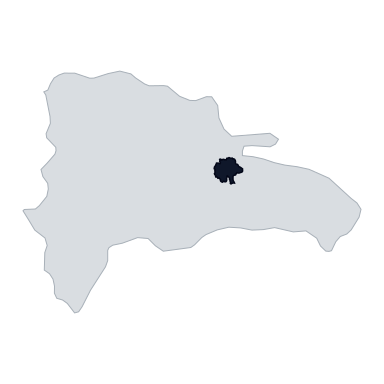 Sabana Grande de Boyá, Monte Plata, Dominican Republic shown in context
{"feature_id": "3306468B74800067614401", "entity_name": "Sabana Grande de Boyá", "entity_type": "district", "adm_level": 2, "iso_a3": "DOM", "parent_name": "Dominican Republic", "parent_adm1": "Monte Plata", "projection": "robinson", "projection_center": [-69.796, 18.975], "detail": "fine", "context": "in_parent", "style": "filled", "palette": "ink", "viewbox_px": 384, "rotation_deg": 0, "n_neighbors": 0, "source": "geoboundaries", "source_scale": "gbopen_adm2", "svg_char_len": 5672}
<svg xmlns="http://www.w3.org/2000/svg" viewBox="0 0 384 384"><path d="M44.3,270.1L44.8,252.6L47.2,245.5L45.0,238.0L34.8,230.1L28.6,219.8L23.0,210.8L24.3,209.5L35.4,209.0L39.3,205.7L46.8,196.4L48.3,189.0L47.7,183.3L42.9,176.6L41.0,169.5L47.0,163.3L54.9,154.2L56.0,150.7L55.8,147.3L46.7,137.8L46.1,133.7L50.4,123.3L50.0,116.4L45.8,95.0L43.8,91.9L47.8,90.1L50.5,83.7L54.1,78.0L58.9,75.0L64.2,73.1L74.9,73.2L89.7,78.2L93.9,78.1L108.1,73.6L119.8,71.1L130.9,73.9L135.4,77.8L144.5,83.9L149.1,85.8L163.5,85.6L167.5,86.2L179.6,96.3L189.8,100.4L195.8,100.6L206.4,96.7L211.7,96.8L217.7,105.5L218.9,117.9L224.0,129.1L231.7,136.3L269.9,133.3L278.5,139.2L275.5,144.1L270.1,146.8L252.0,145.6L244.0,146.2L242.4,151.1L242.4,155.6L253.0,156.7L263.5,159.0L274.1,162.6L284.9,165.1L297.0,166.7L309.0,169.3L329.0,178.2L351.1,198.4L357.0,203.0L361.0,209.3L359.1,217.1L351.2,229.9L346.8,234.0L340.3,236.5L335.8,241.7L331.5,250.7L328.9,251.4L325.8,251.1L320.5,246.0L316.7,238.2L306.0,230.9L293.3,231.9L274.6,227.6L263.3,229.6L252.0,230.1L240.5,227.9L228.8,227.2L217.2,229.9L206.0,234.6L201.8,237.5L194.6,244.8L190.8,247.5L163.3,251.2L155.4,245.8L148.1,238.5L137.6,237.6L122.3,243.2L112.7,245.2L108.9,247.7L107.7,250.4L107.7,260.6L105.5,266.8L90.5,290.2L82.1,306.7L78.6,311.8L74.6,312.9L67.3,303.4L62.6,300.0L56.8,298.3L54.4,293.2L54.5,286.1L53.0,279.1L49.5,273.7L44.3,270.1Z" fill="#d9dde1" stroke="#a8b0b8" stroke-width="1"/><path d="M216.5,163.1L216.4,163.5L216.3,163.9L216.2,164.0L215.9,164.5L215.8,164.9L215.7,165.4L215.7,165.5L215.2,165.9L215.1,166.1L214.9,166.6L214.6,166.8L214.4,167.1L214.4,167.4L214.3,168.0L214.2,168.5L214.2,168.8L214.4,169.0L214.5,169.1L214.8,169.2L215.0,169.3L215.2,169.5L215.2,169.8L215.2,170.1L215.1,170.3L214.8,170.7L214.8,170.9L214.8,171.0L215.1,171.4L215.1,171.5L215.1,171.8L215.0,172.2L215.0,172.3L214.9,172.8L214.9,173.0L214.5,173.5L214.4,173.7L214.7,174.4L214.8,174.6L214.9,174.8L215.1,174.9L215.2,175.1L215.5,175.2L215.6,175.3L215.7,175.5L215.9,175.9L216.0,176.0L215.9,176.2L215.9,176.3L215.7,176.4L215.6,176.5L215.7,176.9L215.8,177.0L216.0,177.1L216.5,176.8L216.6,176.7L216.7,176.8L217.1,177.0L217.3,177.2L217.4,177.5L217.6,177.8L217.7,178.0L217.8,178.2L217.9,178.3L218.0,178.3L218.2,178.2L218.4,178.0L218.5,177.9L218.8,177.8L219.0,177.9L219.0,178.0L219.2,178.3L219.6,178.7L219.8,178.9L220.1,179.1L220.4,179.3L220.5,179.5L220.5,180.0L220.4,180.1L220.4,180.3L220.4,180.5L220.5,180.8L220.6,181.0L221.0,181.5L221.5,181.8L221.8,182.0L222.2,182.1L222.5,182.2L222.8,182.1L223.0,181.7L223.2,181.4L223.3,181.3L223.4,181.2L223.6,181.2L223.8,181.2L224.0,181.2L224.1,181.3L224.4,181.6L224.5,181.7L224.9,181.8L225.1,181.8L225.6,181.8L225.9,181.7L226.0,181.6L226.3,181.3L226.4,181.2L226.5,180.9L226.6,180.6L226.7,180.3L226.7,179.9L226.7,179.6L226.7,179.4L226.5,179.1L226.5,178.8L226.5,178.6L226.5,178.4L226.7,178.2L226.8,177.9L226.9,177.6L227.0,177.4L227.0,177.1L227.0,176.4L227.0,176.1L227.2,175.9L227.3,175.8L227.5,175.9L227.7,176.1L227.9,176.3L228.6,176.8L229.0,177.5L229.3,177.7L229.3,177.8L229.4,178.1L229.5,178.2L229.5,178.5L229.5,179.1L229.5,179.4L229.5,179.5L229.8,179.8L229.9,180.0L230.0,180.2L230.0,180.3L230.0,180.9L230.0,181.1L230.2,181.5L230.3,181.8L230.5,182.1L230.5,182.4L230.5,182.6L230.3,183.0L230.3,183.4L230.4,183.5L230.6,183.7L230.8,183.8L231.0,183.9L231.4,183.7L231.6,183.6L231.9,183.4L232.4,183.2L232.7,183.1L232.8,183.1L233.0,183.0L233.4,183.0L234.0,183.0L234.5,183.1L234.4,182.7L234.2,182.5L234.1,182.1L233.9,181.8L233.8,181.6L233.7,181.4L233.5,181.1L233.4,181.0L233.3,180.8L233.2,180.4L233.1,180.1L233.1,179.9L233.0,179.7L233.0,176.6L233.0,176.4L233.1,176.2L233.3,175.8L233.5,175.6L233.7,175.4L233.9,175.3L234.1,175.2L234.6,175.2L235.0,175.0L235.5,175.0L235.6,174.9L235.7,174.7L235.5,174.3L235.5,174.2L235.5,173.9L236.2,173.7L236.3,173.7L236.6,173.5L236.7,173.4L236.8,173.3L236.8,173.2L236.7,172.9L236.7,172.7L236.8,172.6L237.0,172.5L237.3,172.6L237.7,172.8L237.8,172.8L238.4,172.9L238.5,173.0L238.8,173.1L239.0,173.1L239.6,172.8L239.9,172.7L240.1,172.6L240.5,172.6L241.0,172.4L241.5,172.2L242.0,172.0L242.1,171.9L242.3,171.7L242.6,171.1L242.6,170.9L242.6,170.5L242.6,170.4L242.6,170.2L242.4,170.0L242.4,169.8L242.4,169.6L242.6,169.2L242.6,168.9L242.1,168.5L241.8,168.3L241.3,167.9L241.2,167.9L240.9,167.7L240.6,167.4L240.4,167.3L239.8,167.0L239.7,166.9L239.2,166.9L238.9,166.6L238.7,166.3L238.3,165.7L238.2,165.4L238.0,165.1L237.9,164.8L237.8,164.7L237.7,164.6L237.1,164.2L236.9,164.2L236.5,164.2L236.3,164.1L236.2,164.1L235.9,163.9L235.8,163.7L235.6,163.4L235.5,163.1L235.5,162.7L235.5,161.3L235.5,161.1L235.4,160.8L235.3,160.6L235.2,160.3L235.0,160.0L234.9,159.7L234.6,159.3L234.4,159.2L233.9,158.9L233.7,158.8L233.3,159.0L233.2,159.0L232.9,158.9L232.7,158.8L232.6,158.6L232.5,158.4L232.3,158.1L232.1,158.1L231.8,158.2L230.6,158.2L230.2,158.1L229.7,157.9L229.2,157.6L228.9,157.6L228.7,157.8L228.2,158.2L228.1,158.3L227.9,158.4L227.5,158.2L227.3,158.1L227.2,158.1L226.9,158.2L226.8,158.3L226.8,158.5L226.7,158.6L226.7,159.0L226.4,159.6L226.3,159.8L226.2,159.8L225.8,159.9L225.7,159.9L225.3,159.7L225.1,159.6L224.9,159.6L224.6,159.8L224.5,159.7L224.4,159.7L224.1,159.5L223.9,159.4L223.7,159.5L223.6,159.4L223.3,159.3L223.2,159.3L222.9,159.4L222.6,159.5L222.2,159.6L221.9,159.8L221.8,160.1L221.7,160.1L221.3,160.1L221.2,159.9L221.2,159.6L221.1,159.4L220.5,159.1L220.4,159.1L219.8,159.3L219.7,159.3L219.6,159.5L219.8,159.9L219.9,160.3L219.9,160.5L219.8,160.9L219.8,161.0L219.7,161.3L219.7,161.5L219.9,161.8L220.1,162.0L220.3,162.5L220.4,162.8L220.4,163.0L220.3,163.3L220.2,163.6L219.9,163.8L219.7,163.7L219.3,163.5L219.1,163.4L218.8,163.3L218.7,163.2L218.2,163.1L217.1,163.1L216.5,163.1Z" fill="#0f172a" stroke="#020617" stroke-width="1.5"/></svg>